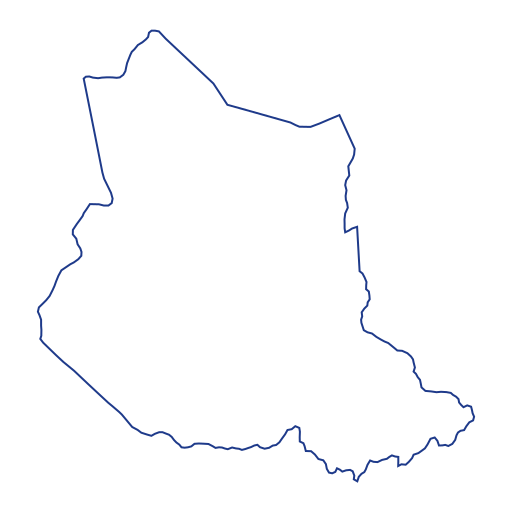 Cândido Sales, Bahia, Brazil (orthographic projection)
{"feature_id": "56859067B27975744543815", "entity_name": "Cândido Sales", "entity_type": "district", "adm_level": 2, "iso_a3": "BRA", "parent_name": "Brazil", "parent_adm1": "Bahia", "projection": "orthographic", "projection_center": [-41.231, -15.332], "detail": "fine", "context": "isolated", "style": "outline", "palette": "blue", "viewbox_px": 512, "rotation_deg": 0, "n_neighbors": 0, "source": "geoboundaries", "source_scale": "gbopen_adm2", "svg_char_len": 3436}
<svg xmlns="http://www.w3.org/2000/svg" viewBox="0 0 512 512"><path d="M165.7,38.7L158.9,31.4L155.2,30.7L151.5,30.7L149.0,32.7L148.1,37.0L145.9,39.4L142.5,42.2L137.9,45.0L134.5,49.2L131.8,51.8L130.4,54.7L128.7,59.0L127.1,63.1L126.2,67.1L125.4,71.1L123.3,74.8L119.8,77.4L116.7,77.8L112.2,77.4L107.4,77.3L102.0,77.6L98.1,78.2L92.9,77.6L89.3,76.5L85.9,76.7L83.7,78.6L93.8,129.1L102.4,172.5L104.1,178.7L111.0,192.8L112.6,198.6L111.7,203.1L108.5,205.5L103.7,205.5L99.0,204.3L89.9,204.1L86.5,209.3L83.8,213.1L82.6,216.1L79.5,220.4L76.9,223.9L72.9,229.9L72.8,234.4L76.3,238.7L77.6,244.3L80.3,248.4L81.5,252.0L81.3,255.8L78.3,259.2L73.7,262.5L70.4,264.2L65.4,267.6L61.4,270.3L58.4,275.8L56.1,281.4L54.5,285.9L52.6,290.1L49.6,296.0L46.2,300.2L42.9,303.5L38.9,307.4L37.9,311.7L39.5,315.2L41.1,319.7L41.1,325.8L41.4,329.8L41.3,335.8L40.3,338.9L43.2,342.7L56.1,355.2L63.4,362.0L74.0,370.7L88.4,384.3L99.9,395.0L108.2,402.7L112.2,406.0L119.2,412.0L121.8,414.5L132.2,427.0L137.6,429.9L141.3,432.7L146.9,434.5L151.4,435.8L154.9,433.8L159.2,432.2L162.5,432.2L166.0,433.6L169.0,434.7L171.7,436.9L174.0,440.0L176.4,442.5L179.3,444.6L181.5,447.3L184.6,447.7L187.9,447.3L191.3,446.4L194.5,443.8L198.9,443.5L203.4,443.7L208.5,444.0L212.7,446.2L215.5,447.9L219.0,447.3L222.0,447.5L224.8,448.5L227.8,449.2L232.1,447.5L235.8,448.4L239.1,448.8L241.9,449.9L245.4,449.0L248.2,448.0L251.0,447.1L254.3,445.5L257.4,444.8L260.0,447.2L264.6,448.7L269.1,447.8L272.7,445.6L276.1,445.0L279.4,442.3L281.9,438.7L285.1,434.3L287.5,430.0L291.7,429.2L295.3,426.2L299.3,427.9L299.9,431.7L299.7,437.2L299.8,441.5L303.4,443.2L304.6,446.2L305.8,451.0L311.1,451.2L314.9,454.5L318.4,459.0L323.3,460.3L325.9,464.1L326.8,468.8L329.0,472.6L332.2,473.3L335.3,471.9L337.0,468.3L339.9,469.7L342.3,471.6L346.1,470.3L350.1,469.9L352.7,471.3L354.3,475.6L353.8,479.3L357.3,481.3L358.8,476.8L361.5,473.8L364.3,472.1L365.8,469.4L367.5,464.8L370.1,460.5L373.5,461.8L377.5,462.1L382.1,459.9L386.9,458.8L389.2,457.0L391.9,455.4L395.1,456.5L398.3,456.9L398.3,461.5L398.2,466.0L401.4,464.3L405.7,464.7L408.8,461.9L412.1,458.1L413.6,454.7L418.4,453.1L421.9,450.6L424.9,448.4L427.5,444.5L430.5,438.8L434.7,437.5L437.4,440.8L439.0,445.5L442.3,445.4L445.3,444.9L448.3,446.0L452.3,443.9L455.2,439.9L456.5,435.3L458.0,432.5L460.5,430.8L464.1,430.1L466.3,426.3L469.3,422.3L473.1,420.4L474.1,416.7L472.6,413.2L472.0,410.2L471.1,406.7L467.2,405.4L463.5,407.2L461.2,405.0L459.1,402.5L458.5,399.1L456.1,396.7L453.0,394.9L450.8,392.9L446.4,392.1L441.0,391.8L436.5,392.2L431.0,391.4L425.4,390.9L421.5,387.4L420.8,383.7L420.0,379.9L417.7,377.1L416.0,373.9L413.6,371.6L414.9,367.5L413.6,362.4L413.0,359.4L411.0,356.5L407.4,353.2L402.1,350.8L397.3,350.5L394.7,348.3L391.9,346.0L388.2,343.0L384.5,341.5L380.8,339.5L376.4,336.9L372.0,333.5L367.5,332.3L363.8,330.2L362.5,326.2L361.4,322.8L361.1,319.7L362.2,316.4L361.7,312.3L364.3,308.6L367.3,305.6L367.7,302.3L369.7,299.3L369.4,295.4L368.8,291.5L366.1,289.2L366.2,285.3L366.5,282.0L364.6,277.5L362.5,273.5L359.6,271.2L357.1,226.8L352.1,228.5L348.8,230.6L345.2,232.3L344.6,228.3L344.6,223.8L344.5,219.3L345.2,213.4L347.8,207.7L347.1,203.0L345.9,199.9L345.6,195.9L346.5,190.3L345.2,185.1L346.1,180.5L349.3,175.5L348.8,171.0L348.3,166.3L350.5,162.5L352.8,158.5L354.1,154.6L354.7,148.7L339.4,115.1L329.6,119.2L319.3,123.6L310.5,126.9L299.4,126.7L295.6,125.1L290.4,122.5L246.1,110.0L227.4,104.8L213.4,83.5L165.7,38.7Z" fill="none" stroke="#1e3a8a" stroke-width="2"/></svg>